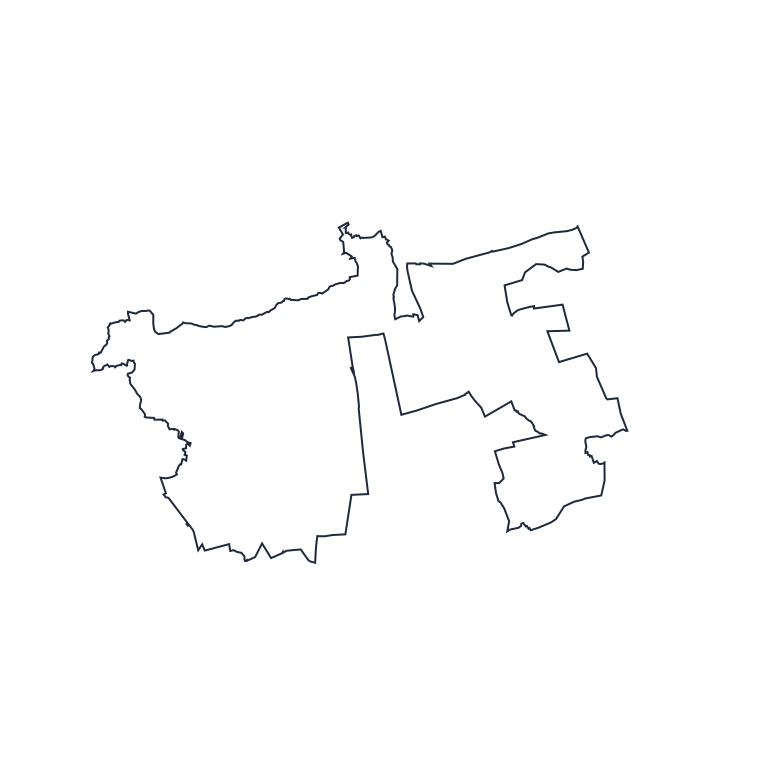 the district of Axapusco, México, Mexico, rotated 138°
{"feature_id": "50627088B66488502331387", "entity_name": "Axapusco", "entity_type": "district", "adm_level": 2, "iso_a3": "MEX", "parent_name": "Mexico", "parent_adm1": "México", "projection": "mercator", "projection_center": [-98.73, 19.766], "detail": "fine", "context": "isolated", "style": "outline", "palette": "slate", "viewbox_px": 768, "rotation_deg": 138, "n_neighbors": 0, "source": "geoboundaries", "source_scale": "gbopen_adm2", "svg_char_len": 6166}
<svg xmlns="http://www.w3.org/2000/svg" viewBox="0 0 768 768"><g transform="rotate(138 384 384)"><path d="M554.8,297.2L544.5,307.5L535.4,315.6L530.1,310.6L523.3,306.2L513.3,298.1L482.4,323.4L469.4,312.8L444.9,347.7L419.1,382.9L417.8,383.8L409.7,394.8L403.7,403.8L400.6,409.5L397.9,418.1L397.1,417.9L398.1,414.9L398.0,413.8L395.8,417.7L379.5,442.6L368.9,434.0L357.2,426.0L355.9,424.7L350.6,421.9L353.6,416.0L391.7,349.5L377.5,342.4L359.1,334.5L339.0,324.5L330.8,321.7L330.6,322.1L326.2,321.6L327.1,316.9L327.6,310.9L327.6,301.3L330.8,292.2L301.0,285.9L304.5,277.1L303.5,275.6L304.0,275.0L302.9,274.0L303.6,273.6L303.3,270.9L300.9,265.6L301.3,263.7L300.8,259.9L299.8,257.8L300.5,253.1L300.7,253.3L302.6,249.1L302.7,247.6L301.8,246.0L301.5,243.4L299.9,241.7L298.1,238.1L327.1,254.4L329.0,250.3L338.2,255.9L346.6,259.8L352.4,247.5L355.5,238.7L358.3,233.7L364.8,233.3L368.1,236.4L373.8,227.9L377.3,220.3L376.7,218.5L376.8,217.2L378.0,210.9L382.8,198.3L391.0,192.0L387.9,191.6L380.4,187.2L377.2,186.8L375.4,188.2L373.5,187.6L374.0,183.3L372.8,183.0L373.4,179.7L372.3,179.6L372.9,177.2L365.5,173.9L352.6,169.4L346.5,168.5L332.1,172.6L321.4,169.3L314.7,165.6L310.8,164.1L297.1,155.8L284.5,164.8L272.7,178.1L274.5,178.4L276.9,179.8L277.8,181.2L277.3,184.3L280.8,185.0L277.9,191.6L279.5,192.3L278.7,193.2L279.8,194.7L278.4,197.2L280.4,198.0L278.7,199.9L275.6,202.0L273.0,206.4L271.0,208.2L270.4,208.6L266.7,206.9L260.3,202.3L258.5,199.2L252.8,197.0L251.2,195.7L250.2,192.7L247.9,192.5L244.5,192.8L237.5,190.6L236.6,190.2L235.7,187.5L234.5,186.4L227.9,203.6L220.0,217.2L228.3,223.1L228.4,224.7L220.9,247.0L215.8,253.9L212.7,270.6L239.3,283.2L227.3,313.9L210.5,299.6L198.2,323.5L222.0,339.7L220.3,341.4L224.7,344.1L232.6,348.2L235.8,349.4L240.1,349.8L243.1,349.2L243.4,350.0L237.5,362.6L228.4,376.6L211.8,368.8L204.5,372.6L190.7,371.3L184.8,365.3L183.2,360.9L182.0,359.3L179.5,350.7L171.2,347.7L168.9,344.0L164.7,339.8L159.2,336.6L154.4,341.4L151.3,345.9L143.8,344.5L134.7,371.5L136.4,371.2L140.5,372.4L145.8,375.2L156.1,382.8L161.0,385.9L172.7,390.2L176.5,392.2L188.2,396.1L200.5,401.6L214.9,409.8L214.7,410.7L217.3,411.1L239.4,422.3L252.4,427.2L269.6,443.0L269.9,440.0L273.7,446.6L276.5,449.5L277.2,448.9L279.5,451.0L279.9,451.3L279.7,452.4L286.1,458.0L288.2,456.0L290.9,452.3L300.8,434.6L306.6,415.6L310.0,407.5L315.8,407.2L313.0,412.7L315.5,416.2L317.2,414.5L321.6,420.0L322.4,420.1L326.3,422.9L332.3,424.6L330.4,428.0L327.0,430.9L324.5,433.7L320.0,440.9L319.2,441.8L318.7,441.7L317.3,444.1L312.1,447.3L308.3,448.4L297.2,460.5L295.4,469.2L292.9,472.2L291.5,475.6L288.4,477.8L287.8,479.2L287.2,481.2L287.9,482.7L287.3,483.7L287.9,485.8L287.2,487.2L284.6,487.4L285.7,490.4L284.7,492.9L286.9,494.1L284.0,500.0L286.2,500.7L292.3,500.3L295.7,501.6L302.1,506.8L302.4,507.6L304.0,508.0L303.4,511.2L305.3,512.1L305.0,513.0L306.9,513.9L308.2,513.3L309.9,514.0L309.3,515.8L308.3,517.1L309.4,517.7L309.8,519.3L309.2,520.4L311.4,521.7L307.6,526.0L307.9,526.2L303.5,526.2L302.9,528.1L312.9,530.5L314.4,522.6L319.6,521.7L320.2,519.8L319.3,517.2L319.5,516.5L325.5,508.6L327.3,508.2L324.4,506.9L322.6,500.4L325.2,499.7L321.4,497.4L323.1,494.1L323.2,492.4L324.8,488.7L331.1,482.2L338.0,486.3L339.2,484.7L341.0,484.4L342.7,485.5L346.4,485.9L348.7,488.3L353.9,490.8L356.3,491.2L358.1,492.4L359.7,492.6L361.5,491.8L363.1,491.7L369.4,492.6L369.9,493.7L371.8,495.7L374.2,495.0L378.8,497.5L381.9,498.7L382.6,498.9L383.7,498.4L388.4,502.3L389.9,503.2L391.5,503.4L396.9,508.8L397.0,510.4L398.1,510.8L398.6,512.1L399.9,513.4L401.2,513.7L402.7,512.7L403.5,513.2L405.7,513.1L408.5,514.9L410.9,514.8L414.3,513.6L419.2,514.6L421.6,514.5L422.7,515.9L428.1,517.1L430.8,519.3L431.7,519.1L434.1,519.9L437.5,522.2L440.4,523.4L442.3,525.3L446.1,525.5L448.0,527.9L449.2,527.9L451.8,530.2L454.3,530.4L457.6,529.8L460.2,530.5L463.8,532.6L465.8,535.5L472.0,540.3L474.8,544.3L477.5,545.0L479.1,546.2L483.1,551.4L483.6,553.0L485.0,554.5L486.8,558.0L491.1,562.3L492.0,564.1L493.2,563.7L501.1,564.4L508.3,565.9L508.9,565.6L518.2,572.0L519.1,575.8L518.3,578.5L515.2,583.1L509.2,589.7L509.0,594.9L509.8,596.2L512.5,597.9L515.5,600.6L518.8,601.9L521.2,602.2L525.9,609.0L527.2,607.6L530.4,601.5L532.5,603.8L534.8,603.4L535.0,605.7L538.0,608.0L539.9,607.7L541.9,609.3L546.0,611.3L546.7,612.2L547.4,612.2L547.8,611.5L551.4,610.9L551.6,609.9L553.6,607.1L554.9,606.4L556.2,603.1L557.1,603.0L558.3,601.6L560.7,601.6L562.3,599.7L563.6,599.1L567.2,599.2L573.6,596.8L574.7,598.1L576.0,597.1L579.3,598.9L581.6,599.1L582.8,598.6L586.9,595.0L586.7,593.6L588.8,589.3L589.9,588.5L591.5,588.2L588.7,587.0L587.1,585.2L584.9,583.8L582.5,583.3L581.7,584.4L580.1,584.5L576.5,583.6L576.7,580.5L575.1,580.2L572.4,577.5L572.6,576.3L570.9,576.4L569.1,575.7L567.3,574.6L566.7,573.8L565.2,574.8L564.4,573.8L563.0,569.8L562.6,569.6L562.0,570.5L558.1,573.0L557.3,572.6L556.4,570.3L554.5,568.9L555.3,568.0L555.6,565.6L559.8,561.6L563.5,561.1L567.4,563.0L568.6,562.2L568.9,561.0L568.6,558.6L570.2,557.4L570.8,556.0L572.0,554.8L572.4,553.5L572.9,546.5L574.0,541.9L573.8,537.5L575.2,534.5L578.9,532.0L581.6,529.5L581.2,527.2L581.7,522.3L582.1,521.1L583.8,519.7L582.8,517.9L577.6,512.7L578.5,511.1L572.7,506.0L573.2,505.8L572.8,504.7L571.2,503.6L571.0,499.0L572.7,497.5L573.7,493.8L571.8,492.7L570.4,491.2L570.5,490.6L570.0,490.6L570.0,490.2L569.2,489.7L568.1,486.9L568.4,485.9L572.4,482.2L572.6,481.4L572.1,480.0L566.3,483.7L566.3,481.7L571.1,478.3L569.5,475.6L569.0,472.3L567.3,469.5L569.6,468.1L569.7,470.6L570.5,471.2L571.5,471.3L574.1,468.7L577.0,470.3L577.5,469.5L577.2,466.2L579.6,464.7L578.3,462.9L582.3,459.4L582.8,461.2L584.0,463.0L588.2,460.2L588.6,460.0L589.1,460.7L591.3,460.4L597.8,457.3L598.4,455.4L602.0,456.1L605.6,457.6L609.5,460.1L612.7,464.0L619.2,448.7L621.7,449.3L622.0,445.9L620.6,444.0L620.4,442.8L623.0,412.6L624.4,412.2L624.6,410.1L623.1,410.4L623.7,403.6L624.4,401.3L633.3,384.8L626.4,386.5L628.6,380.1L606.2,368.6L610.0,362.8L606.9,361.1L605.9,358.1L603.0,354.0L603.0,349.3L605.1,347.0L605.7,345.5L605.2,344.8L603.7,344.9L604.0,344.3L595.6,341.6L581.3,347.1L584.4,330.2L573.1,326.5L571.6,326.9L572.1,326.2L568.0,325.3L556.6,316.8L558.1,303.6L557.4,301.2L554.8,297.2Z" fill="none" stroke="#1e293b" stroke-width="2"/></g></svg>